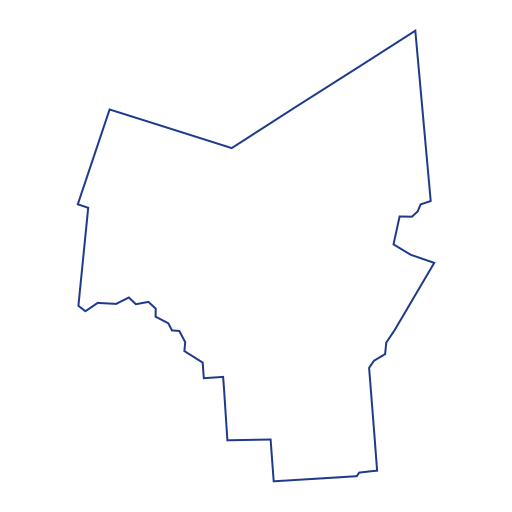 Oneida, New York, United States of America (orthographic projection)
{"feature_id": "52423323B85442507940743", "entity_name": "Oneida", "entity_type": "district", "adm_level": 2, "iso_a3": "USA", "parent_name": "United States of America", "parent_adm1": "New York", "projection": "orthographic", "projection_center": [-75.461, 43.239], "detail": "fine", "context": "isolated", "style": "outline", "palette": "blue", "viewbox_px": 512, "rotation_deg": 0, "n_neighbors": 0, "source": "geoboundaries", "source_scale": "gbopen_adm2", "svg_char_len": 720}
<svg xmlns="http://www.w3.org/2000/svg" viewBox="0 0 512 512"><path d="M135.0,117.5L109.6,109.5L77.8,204.3L88.2,207.8L78.4,305.8L85.4,311.2L97.7,302.9L116.1,303.9L128.8,297.5L135.9,304.2L148.4,301.9L155.7,308.6L155.6,316.7L168.3,323.3L172.0,330.4L179.3,331.0L185.2,342.1L184.4,351.1L202.7,362.6L203.8,378.2L223.1,376.9L223.9,387.2L227.4,440.3L265.2,439.6L270.6,439.5L273.7,481.3L356.7,476.2L359.2,472.6L372.4,471.1L377.1,470.7L374.4,434.9L370.5,385.6L369.1,367.9L374.0,360.7L385.1,354.1L386.3,342.5L394.4,330.5L434.2,262.9L410.8,254.8L393.5,244.4L399.6,216.5L411.9,216.7L417.7,211.4L420.6,204.4L430.7,201.0L415.3,30.7L365.5,62.6L293.1,108.6L231.7,148.1L135.0,117.5Z" fill="none" stroke="#1e3a8a" stroke-width="2"/></svg>